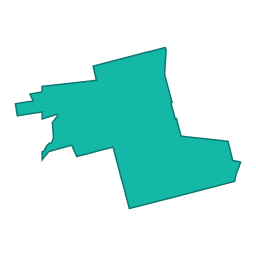 the district of Gottlob, Timis, Romania
{"feature_id": "2599482B49237381448413", "entity_name": "Gottlob", "entity_type": "district", "adm_level": 2, "iso_a3": "ROU", "parent_name": "Romania", "parent_adm1": "Timis", "projection": "orthographic", "projection_center": [20.686, 45.94], "detail": "fine", "context": "isolated", "style": "filled", "palette": "teal", "viewbox_px": 256, "rotation_deg": 0, "n_neighbors": 0, "source": "geoboundaries", "source_scale": "gbopen_adm2", "svg_char_len": 3053}
<svg xmlns="http://www.w3.org/2000/svg" viewBox="0 0 256 256"><path d="M228.0,141.3L227.1,141.2L225.4,141.1L223.2,140.8L219.7,140.3L218.1,140.1L215.5,139.9L212.4,139.6L207.5,139.0L204.1,138.6L199.9,138.2L195.0,137.7L193.9,137.6L190.6,137.2L186.5,136.8L182.7,136.3L181.1,136.1L180.6,134.2L179.9,131.7L179.2,129.2L178.5,126.3L177.7,123.5L177.0,120.9L176.5,118.8L175.4,119.6L175.0,117.8L174.4,115.7L173.3,111.8L172.1,107.4L171.5,105.3L171.2,104.2L170.9,103.2L172.1,102.4L164.6,74.6L166.1,49.8L165.5,48.7L165.3,47.5L163.2,48.0L160.9,48.6L158.6,49.3L157.2,49.6L156.0,49.9L153.8,50.5L152.3,50.9L149.9,51.5L149.3,51.5L147.6,52.0L144.2,52.8L139.9,54.0L139.5,54.1L135.4,55.1L131.1,56.3L129.4,56.7L127.1,57.3L124.0,58.1L122.5,58.5L120.5,59.0L118.7,59.5L118.2,59.6L115.5,60.3L113.5,60.8L110.0,61.8L106.4,62.7L104.3,63.2L103.6,63.4L102.1,63.8L100.2,64.3L98.8,64.7L97.2,65.1L93.2,66.1L93.6,68.2L94.5,72.0L95.2,74.9L96.1,79.1L96.5,80.1L96.5,80.3L95.0,80.4L92.5,80.8L91.7,80.9L88.7,81.2L86.8,81.4L83.9,81.8L81.7,82.0L78.3,82.4L76.9,82.5L76.1,82.6L42.0,86.4L42.1,90.2L42.1,91.4L42.1,91.9L40.5,92.2L36.7,92.9L33.7,93.4L32.2,93.7L30.0,94.1L30.3,94.8L31.1,96.8L31.2,97.0L32.7,99.7L33.0,101.0L20.8,102.9L15.4,103.8L16.5,110.7L17.3,115.8L26.0,114.4L30.6,113.7L34.9,113.0L36.7,112.8L42.1,111.9L42.1,114.8L42.1,119.0L48.3,117.0L51.3,116.1L54.9,115.0L57.4,114.3L57.9,115.4L57.2,116.3L56.7,116.9L55.1,119.0L54.0,120.5L52.8,122.0L52.4,122.5L52.3,123.4L52.4,123.6L52.4,123.8L52.7,125.8L52.7,126.1L52.7,127.0L52.8,129.5L52.9,129.8L53.0,130.5L53.1,131.3L53.2,132.8L53.2,133.6L53.2,134.1L53.4,136.7L53.5,138.0L53.2,138.9L52.2,141.1L51.4,143.1L50.5,143.2L49.1,143.3L47.5,145.0L46.5,146.1L45.9,147.2L44.9,149.0L44.9,149.3L45.0,149.4L45.0,149.6L44.9,149.8L44.8,150.0L44.2,150.5L43.3,151.3L43.1,151.5L42.8,151.9L42.7,151.9L42.1,151.9L42.1,155.4L42.2,159.2L42.2,159.8L43.2,158.4L43.8,157.6L47.0,153.8L48.6,151.7L52.6,150.5L58.7,148.8L64.5,147.2L70.3,145.6L71.8,145.2L73.1,148.4L74.6,151.8L76.3,155.4L76.8,156.5L82.4,155.1L88.3,153.6L94.6,151.9L100.8,150.2L106.9,148.7L112.7,147.2L112.9,147.3L113.1,147.4L113.5,148.8L114.0,150.5L114.8,153.9L115.8,157.5L116.8,161.2L117.8,164.9L118.8,168.7L119.8,172.5L120.8,176.7L121.4,178.8L121.9,180.3L122.9,183.9L123.9,187.7L124.8,191.3L125.3,192.8L125.5,194.0L125.7,195.0L126.4,197.6L126.7,198.6L127.6,201.9L127.7,202.4L128.6,205.7L129.3,208.5L131.8,207.9L134.9,207.1L136.6,206.7L140.4,205.7L144.7,204.6L147.6,203.8L152.5,202.6L155.6,201.8L158.3,201.1L161.8,200.2L163.0,199.9L165.6,199.2L167.0,198.9L168.8,198.5L170.8,198.0L172.6,197.5L174.1,197.1L175.7,196.7L178.5,196.0L180.6,195.4L183.5,194.6L186.4,193.9L188.8,193.3L191.4,192.6L194.2,191.9L197.9,190.9L199.6,190.4L201.9,189.8L206.4,188.7L209.5,187.9L234.7,181.3L235.5,177.2L235.9,175.5L236.1,174.3L236.9,172.1L237.3,171.0L238.1,169.1L238.9,166.9L240.3,163.0L240.6,162.2L239.5,161.8L238.3,161.6L237.2,161.3L236.3,161.1L235.5,161.0L234.2,160.7L232.7,160.5L232.4,159.2L232.0,157.4L231.0,153.5L230.2,150.4L230.0,149.3L228.9,145.2L228.0,141.3Z" fill="#14b8a6" stroke="#0f766e" stroke-width="1.5"/></svg>